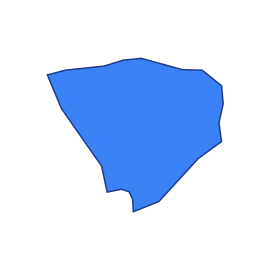 outline of Ascension, rotated 198°
{"feature_id": "SHN-4863", "entity_name": "Ascension", "entity_type": "state/province", "adm_level": 1, "iso_a3": "SHN", "parent_name": "Saint Helena", "parent_adm1": "", "projection": "albers", "projection_center": [-14.366, -7.929], "detail": "fine", "context": "isolated", "style": "filled", "palette": "blue", "viewbox_px": 256, "rotation_deg": 198, "n_neighbors": 0, "source": "natural_earth", "source_scale": "10m", "svg_char_len": 406}
<svg xmlns="http://www.w3.org/2000/svg" viewBox="0 0 256 256"><g transform="rotate(198 128 128)"><path d="M128.0,60.6L141.4,83.7L197.5,126.1L221.1,153.6L205.3,163.7L170.1,179.4L153.4,191.1L137.0,198.3L94.2,200.3L75.3,205.9L52.0,197.0L45.0,180.5L43.1,161.1L34.9,144.0L51.7,120.8L75.9,67.7L97.0,50.1L101.6,61.6L107.2,67.7L115.4,67.7L128.0,60.6Z" fill="#3b82f6" stroke="#1e3a8a" stroke-width="1.5"/></g></svg>